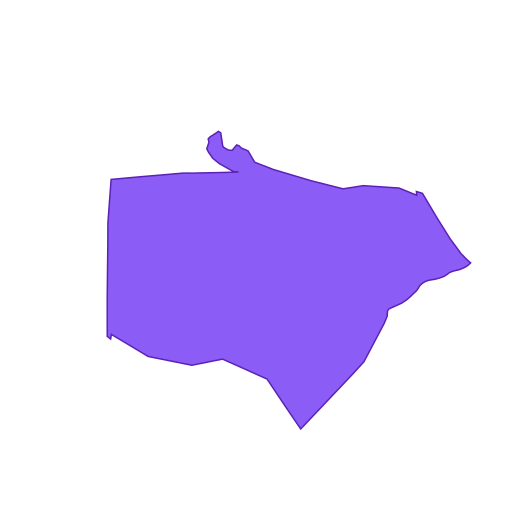 San Cristóbal Suchixtlahuaca, Oaxaca, Mexico, rotated 45°
{"feature_id": "50627088B15644266114804", "entity_name": "San Cristóbal Suchixtlahuaca", "entity_type": "district", "adm_level": 2, "iso_a3": "MEX", "parent_name": "Mexico", "parent_adm1": "Oaxaca", "projection": "mercator", "projection_center": [-97.381, 17.726], "detail": "fine", "context": "isolated", "style": "filled", "palette": "violet", "viewbox_px": 512, "rotation_deg": 45, "n_neighbors": 0, "source": "geoboundaries", "source_scale": "gbopen_adm2", "svg_char_len": 1342}
<svg xmlns="http://www.w3.org/2000/svg" viewBox="0 0 512 512"><g transform="rotate(45 256 256)"><path d="M412.1,114.8L412.3,113.8L412.6,111.3L412.6,109.1L409.8,109.3L407.1,109.4L403.6,109.4L402.2,109.3L399.8,109.4L380.9,106.5L356.9,101.0L329.4,94.0L323.8,97.0L326.7,99.4L309.1,106.8L294.7,119.4L282.1,130.4L270.1,146.9L242.1,163.6L236.2,166.8L206.6,182.8L188.8,190.6L176.1,187.3L172.3,188.8L169.2,190.1L166.3,190.0L163.8,191.1L164.4,198.2L161.7,200.5L158.2,201.6L156.8,201.9L154.9,201.9L143.9,193.8L141.2,194.5L140.9,196.9L139.3,204.1L139.3,206.7L139.5,207.1L142.2,208.7L145.4,215.0L149.0,216.2L156.3,217.5L164.9,216.6L180.2,212.3L180.5,212.1L184.3,209.0L168.7,225.4L161.0,233.4L152.5,242.3L146.1,248.6L130.4,267.3L118.8,281.0L99.4,304.3L127.6,337.0L145.0,354.6L164.8,374.9L171.1,381.3L179.1,389.5L207.6,418.0L211.9,417.5L209.2,413.7L250.8,403.3L287.9,378.6L305.2,352.6L326.1,344.6L350.9,335.2L384.6,341.9L409.9,346.7L407.9,272.4L407.1,254.4L394.3,213.0L391.4,205.9L388.0,202.0L387.6,200.8L387.5,199.1L390.4,191.5L392.3,186.5L392.7,184.4L393.5,180.6L393.8,176.7L393.9,174.4L393.9,172.0L394.1,167.7L393.7,164.6L392.8,161.3L392.9,157.8L393.7,154.4L395.3,151.1L397.7,147.7L399.7,144.8L401.6,141.3L403.2,137.9L404.1,134.2L404.6,130.7L406.1,127.3L409.5,121.8L411.3,117.4L412.1,114.8Z" fill="#8b5cf6" stroke="#5b21b6" stroke-width="1.5"/></g></svg>